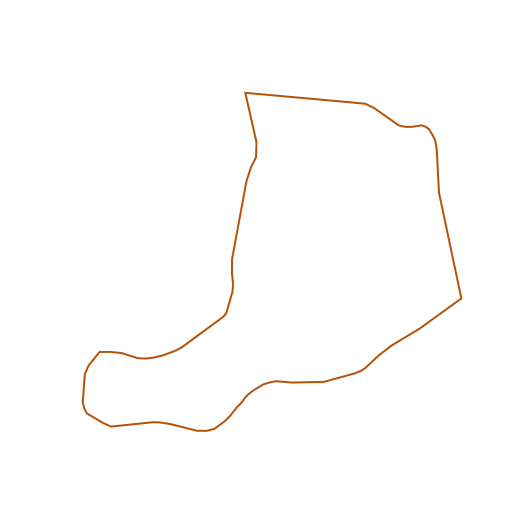 SVG path tracing the border of Nonthaburi, rotated 259°
{"feature_id": "THA-417", "entity_name": "Nonthaburi", "entity_type": "Province", "adm_level": 1, "iso_a3": "THA", "parent_name": "Thailand", "parent_adm1": "", "projection": "mercator", "projection_center": [100.359, 13.966], "detail": "fine", "context": "isolated", "style": "outline", "palette": "amber", "viewbox_px": 512, "rotation_deg": 259, "n_neighbors": 0, "source": "natural_earth", "source_scale": "10m", "svg_char_len": 944}
<svg xmlns="http://www.w3.org/2000/svg" viewBox="0 0 512 512"><g transform="rotate(259 256 256)"><path d="M145.4,58.0L172.6,65.4L180.3,70.7L191.7,84.2L189.7,94.4L186.4,105.5L178.2,120.6L176.4,128.1L175.8,136.8L176.2,145.4L178.3,158.1L180.3,165.2L202.6,212.3L205.5,215.9L225.2,226.0L232.5,228.1L244.2,229.2L257.5,231.9L331.2,260.9L343.6,267.7L353.0,274.9L367.7,278.2L418.2,276.6L384.7,392.2L378.4,400.5L357.0,421.0L354.1,427.7L353.0,434.2L352.7,443.2L350.4,447.4L347.1,450.2L339.2,453.0L335.1,454.0L325.9,453.7L283.2,447.7L175.2,449.5L153.6,403.0L142.4,372.4L135.4,358.2L125.1,341.7L123.5,338.0L122.0,331.2L119.5,298.5L124.9,267.1L129.3,251.9L129.3,245.8L128.6,238.8L124.5,227.6L121.6,221.8L118.8,218.1L116.2,215.4L113.5,212.0L111.6,208.9L104.1,200.2L99.9,194.0L94.2,182.1L93.8,174.0L95.7,164.8L107.4,139.8L111.1,129.4L112.5,123.1L116.2,81.2L121.2,74.1L133.6,60.1L138.6,58.4L145.4,58.0Z" fill="none" stroke="#b45309" stroke-width="2"/></g></svg>